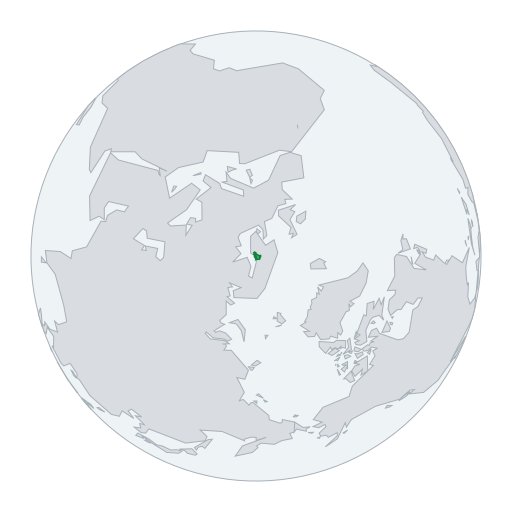 the Earth from above Gävleborg, rotated 159°
{"feature_id": "SWE-178", "entity_name": "Gävleborg", "entity_type": "County", "adm_level": 1, "iso_a3": "SWE", "parent_name": "Sweden", "parent_adm1": "", "projection": "orthographic", "projection_center": [16.784, 61.282], "detail": "fine", "context": "on_globe", "style": "filled", "palette": "green", "viewbox_px": 512, "rotation_deg": 159, "n_neighbors": 0, "source": "natural_earth", "source_scale": "10m", "svg_char_len": 12566}
<svg xmlns="http://www.w3.org/2000/svg" viewBox="0 0 512 512"><g transform="rotate(159 256 256)"><circle cx="256" cy="256" r="225" fill="#eef3f6" stroke="#a8b0b8"/><path d="M31.8,234.3L31.8,235.3L33.9,223.4L34.8,217.6L34.5,216.2L39.3,195.4L43.5,183.7L71.3,127.4L77.0,119.9L81.4,115.4L112.7,87.6L88.9,106.1L96.9,97.9L107.4,89.0L106.6,90.5L120.3,81.8L130.5,74.8L148.3,68.6L162.4,72.3L156.1,74.6L160.3,75.6L168.4,72.8L172.8,70.8L198.1,72.9L225.6,69.1L233.0,63.8L232.4,68.4L245.5,56.2L259.6,53.0L244.4,59.2L243.5,61.9L253.5,60.8L254.6,63.5L260.1,64.6L260.6,67.9L251.8,71.6L251.9,74.0L259.0,73.2L263.9,76.3L253.6,77.1L261.1,82.7L247.7,90.7L219.5,91.5L212.7,100.0L185.6,111.8L188.8,114.0L180.5,120.3L181.1,125.4L175.9,126.5L180.9,129.6L185.5,127.7L189.2,128.5L190.0,131.4L183.5,133.1L182.2,131.9L180.7,134.0L177.1,133.7L179.3,135.5L171.3,137.5L180.3,139.9L174.8,145.2L169.3,145.4L168.5,139.6L153.7,126.9L147.9,126.0L140.3,130.0L128.9,149.4L122.9,150.9L115.8,157.2L119.7,158.8L126.6,154.5L132.0,159.4L139.8,154.0L143.2,155.3L151.7,152.3L151.8,159.0L147.2,167.3L140.1,170.2L137.9,174.1L145.8,176.6L133.6,187.6L127.5,204.7L124.2,207.1L115.7,201.6L112.9,187.8L102.0,182.0L110.4,192.3L102.0,198.6L101.2,202.5L102.4,206.2L106.1,206.4L103.6,210.1L94.2,201.0L96.4,197.5L99.4,200.3L98.0,194.0L91.6,188.5L87.9,192.5L82.3,181.0L79.6,183.8L76.8,183.0L81.6,179.3L72.9,186.0L65.7,175.7L53.8,187.6L64.0,170.8L66.8,162.4L69.1,153.4L67.1,155.1L72.9,141.9L73.5,134.4L66.8,138.5L59.3,148.9L53.5,162.6L54.9,163.1L52.5,172.3L47.4,174.9L42.1,193.8L38.7,199.5L36.2,208.6L35.2,216.4L33.7,227.4L35.0,229.5L36.1,237.6L33.6,244.1L36.1,244.2L35.4,253.2L39.0,274.0L38.1,273.9L40.7,299.1L47.5,321.6L49.1,330.6L47.9,331.2L51.2,338.7L51.3,340.7L67.8,369.6L79.2,387.3L80.9,393.3L75.2,389.6L76.4,392.0L66.8,378.3L58.2,363.9L50.7,348.9L44.4,333.3L39.2,317.4L35.3,301.1L32.5,284.5L31.0,267.8L30.8,251.1L31.8,234.3ZM50.5,190.1L44.7,215.4L44.8,204.5L45.3,205.7L47.5,198.5L50.4,187.1L51.4,178.3L50.5,190.1ZM55.2,193.4L55.9,189.5L55.6,192.9L55.2,193.4ZM174.6,69.6L168.5,72.5L160.7,74.2L165.6,71.4L174.6,69.6ZM189.6,67.6L187.1,69.5L182.7,67.8L185.5,67.2L189.6,67.6ZM238.0,59.7L232.8,60.7L237.4,58.8L238.0,59.7ZM260.8,64.2L261.9,63.1L264.3,64.2L260.8,64.2ZM151.1,148.9L151.4,150.6L149.6,150.2L151.1,148.9ZM154.6,146.1L152.3,144.5L153.7,142.9L155.0,144.0L154.6,146.1ZM267.3,70.4L270.7,72.6L265.7,70.9L267.3,70.4ZM157.0,148.4L156.3,140.4L158.6,137.8L165.7,139.5L157.0,148.4ZM271.8,74.3L280.3,79.9L283.5,77.9L279.4,87.1L273.4,79.0L266.7,77.2L271.2,76.5L271.8,74.3ZM186.7,125.8L181.7,128.0L185.1,123.6L186.7,125.8ZM187.9,122.8L192.9,108.7L200.6,107.2L197.3,112.1L206.7,108.2L207.9,114.4L203.1,117.9L197.9,117.6L202.3,120.2L187.9,122.8ZM275.7,91.4L276.4,93.4L273.9,92.0L275.7,91.4ZM191.0,128.5L191.3,125.6L198.0,124.1L198.5,129.5L196.2,128.2L191.0,128.5ZM208.5,104.3L213.5,104.2L215.9,109.1L218.2,109.8L208.6,114.4L208.5,104.3ZM195.1,130.0L198.6,132.3L196.2,135.7L191.1,131.1L195.1,130.0ZM199.5,121.4L202.7,121.0L201.1,123.0L199.5,121.4ZM189.6,149.5L189.8,145.9L193.3,144.8L189.6,149.5ZM200.1,132.9L200.9,131.7L202.3,130.9L204.1,133.1L200.1,132.9ZM211.0,117.7L210.9,119.8L215.0,116.0L217.0,119.7L210.2,122.2L213.9,122.7L214.6,123.9L208.4,124.6L211.0,117.7ZM210.1,132.9L202.2,137.6L200.9,144.4L197.8,145.6L200.4,134.5L210.1,132.9ZM209.6,127.9L209.2,131.3L205.5,130.9L203.5,128.4L209.6,127.9ZM220.7,121.4L219.5,115.1L221.0,114.8L220.7,121.4ZM210.5,134.9L212.4,133.8L210.8,135.4L210.5,134.9ZM218.4,125.6L217.7,123.3L219.5,123.1L218.4,125.6ZM216.7,133.4L214.2,134.9L212.7,133.2L216.7,133.4ZM218.1,129.9L220.6,130.0L213.7,131.7L217.5,128.9L218.1,129.9ZM220.2,125.7L221.0,124.8L220.2,126.7L220.2,125.7ZM223.7,139.1L215.3,141.6L212.1,137.8L220.7,135.9L223.7,139.1ZM254.1,481.3L250.5,481.1L236.6,475.6L243.9,471.5L242.2,467.1L224.7,453.7L228.6,446.0L223.7,441.8L213.6,441.4L207.7,435.9L201.5,434.7L161.9,426.7L149.3,415.5L132.9,386.1L139.6,380.0L139.8,368.1L185.4,340.6L196.2,346.4L233.3,346.1L238.2,348.2L235.0,359.0L263.8,371.9L271.7,362.7L296.6,366.3L312.4,362.3L316.0,340.9L290.0,347.0L284.4,337.7L304.2,324.1L326.7,318.5L325.2,314.7L310.0,309.9L314.1,300.5L304.6,307.5L309.2,310.7L303.4,315.3L298.8,312.8L300.4,309.4L293.4,309.1L287.3,325.6L291.4,330.6L273.5,336.0L278.5,345.0L274.0,350.0L263.9,336.7L264.1,331.3L246.0,316.1L244.2,322.2L261.1,337.1L256.3,336.1L253.9,345.1L251.9,337.5L233.9,320.2L217.1,322.3L197.4,341.2L187.2,340.6L177.9,333.5L183.3,311.8L205.5,315.8L207.7,308.6L201.8,296.2L209.0,298.6L209.3,294.2L217.5,295.0L227.7,285.5L235.8,285.1L238.5,271.3L243.0,269.3L240.1,277.9L242.5,283.9L262.6,282.7L266.1,279.6L266.1,270.8L271.7,271.8L269.2,263.6L280.0,258.7L264.7,257.9L264.4,248.2L270.2,240.0L267.4,236.8L257.9,250.2L256.6,255.8L259.9,260.7L254.0,276.3L247.4,279.0L243.2,262.5L233.4,264.7L234.4,251.3L259.3,222.5L270.3,216.0L291.5,225.1L289.7,231.8L281.2,231.8L290.3,240.5L289.0,235.6L293.6,236.6L294.4,228.0L297.7,228.4L292.9,219.7L297.1,219.2L300.0,224.7L304.8,212.0L313.0,208.8L312.5,205.8L309.7,203.5L322.0,201.2L321.1,199.2L316.7,199.1L312.0,195.0L308.6,187.0L313.0,186.6L314.9,189.5L325.4,195.1L329.7,203.0L331.1,202.0L328.5,195.1L315.6,188.2L312.3,183.6L318.8,185.9L316.2,184.7L315.9,182.3L319.8,179.6L312.9,176.8L304.0,152.0L310.6,144.9L317.4,149.4L315.8,132.9L323.5,126.8L319.4,126.7L315.9,119.1L313.5,120.9L311.3,120.3L301.2,102.6L302.3,98.4L293.4,91.3L291.3,91.3L290.0,93.9L279.4,87.1L283.5,77.9L288.0,78.3L287.6,72.6L298.0,74.4L306.4,73.6L318.0,79.4L323.6,78.5L322.8,76.4L329.8,73.9L347.1,76.6L336.8,83.6L311.5,83.0L322.1,83.8L320.8,86.5L325.3,88.6L332.8,89.2L332.9,87.5L350.5,104.3L370.5,113.5L366.4,105.1L369.6,101.7L388.8,106.6L418.0,133.0L422.5,130.2L426.6,132.4L431.0,139.9L425.2,136.8L424.7,141.3L420.7,138.6L425.9,150.1L420.5,146.8L427.2,157.7L430.9,157.2L428.3,148.1L436.5,159.4L441.0,155.3L447.8,160.0L461.1,185.3L465.2,203.7L466.8,206.5L465.2,210.4L468.0,222.3L474.9,222.3L476.4,226.0L478.7,245.4L477.8,243.2L473.7,253.3L476.4,264.3L479.7,258.7L481.0,262.4L480.0,269.3L478.3,266.7L476.8,270.1L474.6,261.5L468.5,256.1L467.3,267.5L465.0,262.7L456.3,262.4L453.2,278.6L450.0,311.0L453.6,324.5L450.7,336.6L437.1,330.3L429.6,319.9L425.6,326.7L410.9,325.2L388.1,344.1L384.1,341.9L380.0,347.2L369.5,348.9L363.0,344.4L357.1,348.3L374.1,359.7L380.4,355.3L384.6,344.3L388.2,349.4L398.2,348.5L389.9,371.6L354.8,404.5L350.1,395.0L316.9,371.0L317.2,366.5L317.0,366.1L316.6,365.3L314.8,373.0L308.7,367.1L327.7,387.5L331.5,396.6L354.3,405.4L352.5,407.9L359.4,408.2L380.3,393.0L380.6,396.5L371.6,417.0L341.6,446.9L344.9,454.0L341.6,460.4L321.5,469.4L321.8,471.1L311.2,474.3L309.9,474.7L291.5,478.5L272.9,480.6L254.1,481.3ZM171.2,360.0L170.3,363.7L170.3,363.8L171.2,360.0ZM351.7,322.2L364.3,316.0L356.4,305.8L360.6,302.7L356.4,300.5L355.8,305.1L345.1,298.3L349.8,291.3L347.1,286.0L342.7,287.8L335.9,301.9L351.2,311.6L349.2,318.6L351.7,322.2ZM39.2,274.6L39.3,278.4L38.5,275.0L39.2,274.6ZM43.1,205.4L42.7,209.8L41.9,213.0L41.9,210.0L43.1,205.4ZM43.6,241.6L43.9,247.0L42.9,242.4L43.6,241.6ZM44.2,219.2L43.3,237.4L41.4,229.2L42.2,217.9L42.6,224.2L44.2,219.2ZM52.0,194.7L51.3,197.8L50.4,198.1L52.0,194.7ZM55.0,195.9L55.0,194.9L56.0,192.8L55.0,195.9ZM102.6,199.1L103.2,200.0L103.7,204.0L102.0,202.8L102.6,199.1ZM115.3,218.4L110.8,224.0L112.8,219.1L109.4,218.3L109.3,207.3L122.5,207.7L116.6,209.3L115.3,218.4ZM112.9,193.1L111.4,199.8L112.5,192.5L112.9,193.1ZM202.9,270.1L206.1,273.7L203.6,278.6L193.3,280.0L196.8,272.8L202.9,270.1ZM211.3,277.8L209.9,261.5L216.3,260.3L213.0,263.7L217.3,264.5L213.1,270.2L220.5,285.3L218.7,290.7L200.6,289.8L207.5,287.0L203.9,283.5L211.3,277.8ZM195.3,225.1L194.8,218.9L209.3,224.2L208.1,229.5L197.7,231.0L193.0,225.6L195.3,225.1ZM169.6,153.4L168.5,151.2L170.3,150.6L172.7,152.0L169.6,153.4ZM189.4,147.9L176.4,162.5L174.5,160.6L169.2,171.8L162.0,171.4L165.7,164.1L156.2,172.4L156.6,165.7L150.8,171.9L159.7,155.8L159.7,150.3L162.4,156.5L169.0,156.9L171.9,155.5L180.0,147.5L183.2,136.4L190.3,135.3L194.4,137.5L194.7,140.0L190.0,139.9L193.8,143.3L187.2,145.0L189.4,147.9ZM238.6,168.4L233.0,166.5L239.5,175.2L233.0,176.3L234.1,177.3L229.9,180.8L226.7,186.9L223.6,186.5L223.7,189.0L220.9,191.5L220.0,195.0L214.1,195.6L212.5,199.9L210.6,197.7L209.5,205.0L207.7,199.9L203.9,202.9L207.7,206.3L177.9,202.7L166.8,205.7L158.6,211.2L156.5,202.0L162.9,191.3L173.5,181.5L184.5,180.1L181.6,176.4L186.0,174.7L186.4,178.4L188.3,171.8L192.1,171.5L201.5,163.7L201.9,154.8L205.4,151.9L207.1,155.2L209.3,150.0L214.9,154.4L217.5,152.4L225.6,154.9L227.3,162.7L230.1,159.9L236.4,161.9L238.6,168.4ZM225.9,140.1L229.5,148.7L227.7,153.6L214.3,147.3L211.2,148.4L202.6,144.9L205.4,137.8L207.6,139.4L210.4,139.4L208.4,141.6L212.1,139.8L215.2,142.1L218.9,141.4L219.1,144.3L225.9,140.1ZM243.0,344.2L246.6,344.7L252.1,344.2L250.7,349.9L243.0,344.2ZM230.5,332.6L233.7,332.0L234.4,339.6L230.6,339.2L230.5,332.6ZM234.8,325.4L233.8,331.4L232.1,327.9L234.8,325.4ZM243.0,277.0L246.3,276.0L246.9,278.0L245.4,281.1L243.0,277.0ZM256.3,195.7L253.4,193.5L254.2,192.2L251.5,184.8L256.1,183.5L259.6,187.5L256.3,195.7ZM311.9,345.7L307.7,350.8L305.2,349.5L307.1,348.0L311.9,345.7ZM278.0,352.1L286.1,353.6L277.6,353.7L278.0,352.1ZM260.9,193.1L259.2,190.1L262.5,191.3L260.9,193.1ZM259.4,182.2L263.2,182.9L256.4,182.5L259.4,182.2ZM376.6,443.0L359.1,456.3L349.5,460.9L349.1,460.6L356.4,454.3L368.0,447.3L374.1,441.7L376.6,443.0ZM480.0,279.6L480.0,279.8L475.8,284.8L477.4,277.9L481.0,266.0L480.9,268.9L481.0,267.5L480.0,279.6ZM481.0,244.2L480.9,242.3L480.7,240.1L481.0,244.2ZM479.6,228.6L476.0,207.7L475.6,205.6L479.6,228.6ZM454.4,324.8L458.6,327.2L456.6,332.2L454.4,324.8ZM471.9,192.8L475.2,205.0L471.4,192.0L471.9,192.8ZM468.2,183.1L469.2,184.8L469.0,185.8L468.2,183.1ZM469.0,209.7L469.5,215.5L468.4,214.1L467.1,205.9L469.0,209.7ZM453.0,164.4L457.2,168.8L458.7,171.3L457.0,171.0L453.0,164.4ZM297.9,180.2L296.5,191.7L298.6,199.6L304.6,203.2L295.6,203.2L292.4,191.0L297.9,180.2ZM302.8,155.4L297.5,152.6L300.1,150.8L301.6,151.2L302.8,155.4ZM299.4,155.9L292.4,158.2L289.7,154.7L295.7,153.5L299.4,155.9ZM276.7,175.4L276.0,178.8L273.3,177.7L276.7,175.4ZM467.8,179.2L469.9,185.4L467.0,177.3L467.8,179.2ZM469.8,185.4L468.8,183.3L467.8,179.8L469.8,185.4ZM466.9,176.8L464.6,171.5L465.1,172.1L466.9,176.8ZM466.3,179.3L466.0,175.2L468.4,184.2L463.3,176.5L461.9,171.7L466.3,179.3ZM426.0,124.0L423.5,123.3L420.8,118.8L423.3,120.6L426.0,124.0ZM409.7,104.6L419.3,117.4L426.6,128.4L426.6,126.3L432.5,131.6L429.8,133.1L421.2,123.1L416.5,115.4L411.3,112.0L405.0,105.3L399.4,103.6L395.2,100.3L398.9,99.6L409.7,104.6ZM397.1,103.3L384.9,99.0L381.9,92.3L383.9,91.7L390.8,96.4L392.0,99.7L397.1,103.3ZM381.1,96.1L382.1,99.3L366.4,101.7L362.4,100.6L372.7,94.7L374.2,97.5L378.6,98.2L381.1,96.1ZM278.6,92.7L276.6,93.4L277.4,91.6L278.6,92.7ZM310.0,121.4L307.1,120.3L308.1,118.2L310.0,121.4ZM299.7,116.2L300.6,119.3L297.7,116.1L299.7,116.2ZM303.0,126.5L300.1,120.6L305.5,126.0L303.0,126.5Z" fill="#d9dde1" stroke="#a8b0b8" stroke-width="1"/><path d="M257.3,252.6L257.3,252.8L257.2,252.9L257.3,252.9L257.2,253.0L257.1,253.3L257.0,253.5L257.1,253.8L257.1,254.0L257.1,254.3L257.2,254.2L257.3,254.2L257.4,254.3L257.3,254.5L257.2,254.6L257.1,254.4L256.9,254.3L256.8,254.2L256.7,254.3L256.8,254.3L256.9,254.5L256.7,254.5L256.8,254.6L256.7,254.6L256.8,254.7L256.7,254.7L256.7,254.8L256.8,254.9L256.6,254.9L256.6,255.0L256.7,255.3L256.8,255.4L256.7,255.4L256.7,255.5L256.7,255.4L256.6,255.5L256.8,255.7L256.8,255.8L256.7,255.8L256.8,255.9L256.9,256.0L256.7,255.9L256.7,256.0L256.8,256.1L256.7,256.2L256.7,256.3L256.8,256.4L256.8,256.5L256.7,256.5L256.8,256.6L256.7,256.7L256.8,256.7L256.8,256.8L256.7,256.8L256.7,257.0L256.8,257.0L256.7,257.0L256.8,257.0L256.7,257.1L256.7,257.3L256.8,257.4L256.8,257.5L257.0,257.7L256.9,257.7L256.9,257.8L257.0,257.8L257.0,258.0L256.9,258.2L256.8,258.3L257.0,258.4L257.1,258.5L257.0,259.1L257.0,259.3L256.9,259.3L256.8,259.5L256.9,259.8L256.7,259.9L256.4,259.9L256.3,260.0L256.0,260.2L255.9,260.2L255.7,260.0L255.7,259.9L255.5,259.6L255.4,259.5L255.3,259.4L255.1,259.1L254.9,258.8L254.9,258.7L255.0,258.5L255.2,258.3L255.2,258.2L255.3,258.1L255.3,257.9L255.2,257.8L255.1,257.6L254.9,257.3L254.9,257.2L254.7,257.1L254.4,257.0L254.1,256.8L253.9,256.6L253.9,256.4L253.9,256.2L253.5,255.7L253.1,255.1L253.0,254.9L252.9,255.0L252.1,255.1L252.0,254.8L251.7,254.7L251.8,254.6L251.8,254.2L251.9,253.8L252.1,253.6L252.3,253.9L252.4,253.7L252.5,253.8L252.6,253.7L252.8,253.7L252.8,253.8L252.9,253.7L253.0,253.5L253.0,253.4L252.9,253.1L253.0,253.1L253.5,252.7L253.5,252.4L253.4,252.2L253.7,251.8L253.8,251.7L253.9,251.8L254.9,252.1L255.5,252.2L256.4,252.5L256.8,252.5L257.3,252.6Z" fill="#22c55e" stroke="#15803d" stroke-width="1.5"/></g></svg>